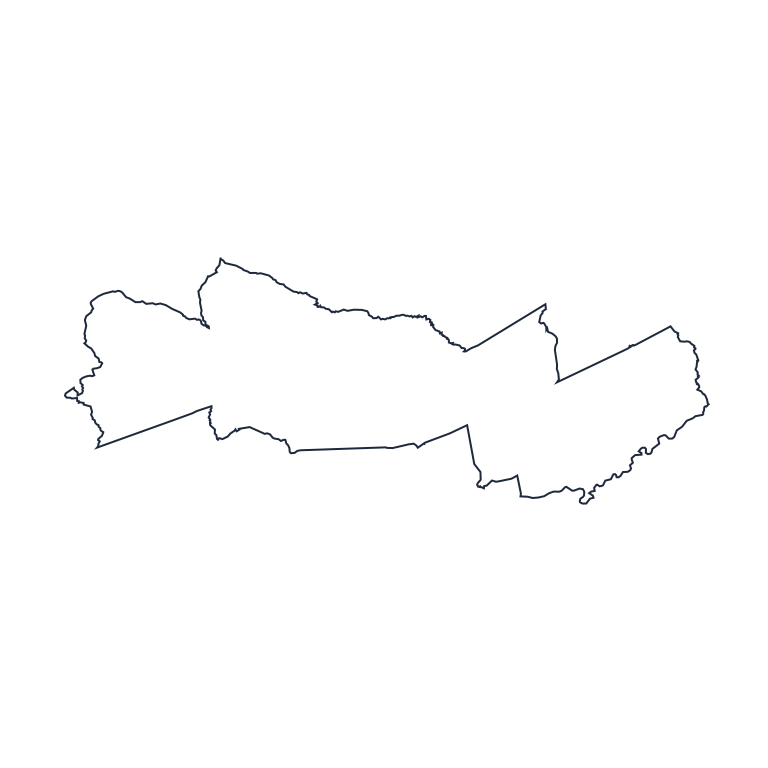 Aguachica, Cesar, Colombia, rotated 260°
{"feature_id": "7082276B33891550919089", "entity_name": "Aguachica", "entity_type": "district", "adm_level": 2, "iso_a3": "COL", "parent_name": "Colombia", "parent_adm1": "Cesar", "projection": "equal_earth", "projection_center": [-73.576, 8.248], "detail": "fine", "context": "isolated", "style": "outline", "palette": "slate", "viewbox_px": 768, "rotation_deg": 260, "n_neighbors": 0, "source": "geoboundaries", "source_scale": "gbopen_adm2", "svg_char_len": 6109}
<svg xmlns="http://www.w3.org/2000/svg" viewBox="0 0 768 768"><g transform="rotate(260 384 384)"><path d="M245.9,510.7L245.4,516.5L245.7,522.3L247.7,527.4L248.6,532.3L247.5,538.1L248.1,540.5L250.9,544.4L251.1,545.7L246.2,550.9L246.0,552.7L247.1,558.4L245.8,561.7L243.0,562.5L239.4,561.6L238.2,560.3L236.9,557.4L234.3,556.4L233.3,556.7L231.7,558.9L231.2,562.5L235.3,566.9L235.6,570.6L237.8,570.3L240.9,567.1L242.1,569.5L242.1,572.9L245.2,572.9L247.7,575.5L247.9,576.4L245.8,578.6L245.9,581.4L246.3,582.2L250.4,585.1L250.8,590.9L255.2,594.2L255.1,595.9L253.8,596.8L251.8,596.9L251.4,598.7L252.4,600.9L255.8,604.0L255.2,608.9L256.4,611.6L258.0,612.6L261.2,612.1L263.2,615.4L266.7,614.8L268.1,615.2L270.4,619.0L269.7,625.3L271.2,625.6L273.5,623.2L275.8,625.9L276.4,627.6L275.9,629.9L274.4,630.7L270.7,629.9L269.1,631.7L269.1,634.3L270.3,635.6L273.5,637.1L277.5,644.7L282.7,644.3L284.2,646.3L285.1,651.0L284.2,652.7L280.8,654.9L280.2,658.3L281.3,660.5L287.5,664.3L290.1,670.1L295.2,675.7L296.6,682.1L298.2,685.1L298.3,692.4L299.3,693.3L300.8,693.3L302.1,694.5L305.5,695.4L306.2,696.5L305.8,697.5L307.7,700.2L308.7,699.5L312.7,699.4L316.8,698.4L318.3,697.5L318.5,696.7L321.7,695.1L324.0,691.6L326.0,693.9L327.3,694.0L328.6,693.6L329.4,692.3L330.1,692.9L331.1,691.8L334.0,691.6L335.9,694.9L336.9,694.5L337.3,695.5L338.8,694.4L341.0,695.0L344.2,693.3L346.7,694.8L351.2,696.1L351.6,696.9L352.6,696.5L352.9,697.6L358.9,696.6L360.7,695.2L363.3,695.0L364.4,696.8L365.1,696.9L366.3,695.7L367.6,696.3L370.8,693.1L372.3,692.4L373.5,689.5L373.4,687.7L374.6,683.1L379.2,681.5L380.9,682.3L381.8,681.7L382.9,682.5L385.4,679.1L391.0,676.2L378.7,638.1L378.5,637.0L379.0,636.6L378.6,635.4L379.0,635.2L378.2,633.4L379.6,632.1L378.0,632.7L378.1,634.2L376.3,629.4L355.6,554.6L358.0,557.0L364.5,557.5L368.7,556.8L372.9,557.8L387.9,558.2L391.6,559.4L394.6,561.6L399.0,562.2L401.3,561.2L404.4,558.5L406.9,554.6L410.5,554.4L409.2,553.3L411.8,553.7L415.8,552.3L416.6,551.5L416.3,549.3L418.0,547.6L424.3,550.2L426.3,552.5L427.9,552.7L429.6,556.4L434.5,556.8L405.7,483.3L404.1,476.0L401.9,470.3L402.0,469.1L402.2,468.5L402.9,469.6L404.7,469.8L405.5,468.7L405.9,466.7L408.8,465.1L410.5,461.3L410.8,458.9L411.4,458.2L412.4,458.9L412.5,457.0L413.6,455.1L415.8,455.5L416.9,455.2L417.5,453.9L418.5,454.3L419.4,452.6L420.6,452.0L420.9,450.6L422.0,450.5L422.6,449.3L424.6,449.8L424.2,447.8L426.1,447.8L428.1,444.2L431.5,442.3L433.5,442.8L433.7,440.6L434.6,440.7L435.3,442.0L436.6,441.6L436.6,440.4L437.2,439.9L439.0,440.8L440.5,439.4L440.2,436.9L443.8,437.1L444.0,435.6L443.0,433.3L444.3,431.8L443.8,429.1L445.3,429.8L444.5,427.2L445.5,425.8L444.6,423.8L446.3,422.9L446.1,421.1L447.3,418.7L447.2,417.5L448.6,415.6L449.0,414.0L448.6,411.2L449.1,407.9L448.3,405.4L448.6,403.1L447.8,402.0L448.5,401.5L447.8,400.3L448.2,398.5L447.4,396.5L448.4,394.1L448.1,392.3L451.2,390.1L450.2,387.9L450.7,384.7L452.3,383.9L454.5,381.1L456.7,381.0L458.6,380.1L460.8,375.1L462.4,367.3L462.4,360.7L464.3,357.3L463.0,351.4L464.0,349.0L463.1,348.0L464.2,346.1L463.7,345.1L467.2,342.7L468.1,339.9L469.9,338.1L470.5,335.4L472.1,334.8L471.4,334.1L471.2,332.5L471.6,331.9L472.8,332.2L474.2,329.8L475.2,332.7L476.8,331.6L479.1,332.8L483.5,326.1L484.6,325.8L485.6,324.0L487.2,323.5L487.2,319.7L488.9,317.3L488.3,315.5L489.5,314.5L490.8,310.8L497.0,303.7L499.5,302.4L500.6,298.8L502.9,295.9L505.1,295.3L506.4,292.9L507.8,292.4L510.8,289.6L514.4,282.0L514.7,278.2L515.6,277.3L516.6,271.3L518.4,269.4L520.8,265.2L521.8,264.8L526.2,259.0L530.7,248.5L533.4,247.2L535.4,244.9L536.8,245.1L529.5,242.5L527.1,239.4L525.0,237.9L523.1,238.8L520.2,230.4L520.7,229.5L515.2,225.7L512.6,221.7L509.3,219.6L507.6,217.3L501.5,217.2L499.1,217.8L496.0,216.9L487.8,217.1L485.6,216.1L483.2,216.1L481.3,217.3L478.0,217.0L476.3,218.9L473.5,218.6L471.2,221.4L469.5,221.3L470.8,219.5L472.4,218.6L473.1,216.6L474.9,214.8L478.2,214.5L479.1,213.8L479.8,212.5L479.6,211.1L481.2,209.2L481.5,203.5L483.4,200.7L485.1,199.8L486.1,198.0L487.3,198.0L489.9,195.7L494.7,188.5L499.6,182.8L502.1,177.7L502.0,172.9L503.7,170.3L504.2,163.8L507.5,160.4L507.0,157.7L507.8,153.4L512.0,148.8L514.3,145.1L519.7,142.0L521.2,140.3L521.9,138.4L521.5,134.8L522.3,133.3L521.5,123.5L519.9,117.7L516.4,110.6L515.1,109.3L513.5,109.2L508.7,110.7L507.4,109.1L505.4,108.0L502.5,102.6L498.9,100.5L493.2,100.9L485.1,97.6L483.6,98.1L480.9,97.2L478.6,98.3L476.7,97.3L476.1,96.0L472.0,99.2L470.0,101.7L464.9,104.1L461.7,104.4L458.6,107.4L455.2,107.5L454.4,109.4L453.4,110.1L450.0,107.5L449.4,104.1L449.5,100.3L448.8,99.3L442.8,100.2L442.4,97.6L443.2,96.1L443.2,92.1L442.3,88.1L440.9,85.7L437.6,85.3L435.3,87.1L434.2,86.1L432.4,87.0L431.2,86.0L429.5,86.3L427.4,85.0L426.0,80.2L428.8,80.9L432.3,77.9L434.1,77.9L430.0,68.9L428.0,67.8L425.7,69.1L425.0,72.4L423.9,74.1L423.5,79.3L420.6,78.9L420.0,80.5L418.5,80.1L418.7,81.7L417.5,84.9L415.9,84.6L412.8,91.1L407.3,91.7L404.6,90.2L401.2,91.3L400.1,90.9L398.3,92.9L396.0,92.9L394.0,94.2L393.1,95.7L391.5,95.5L389.8,97.0L388.4,96.7L387.0,97.3L385.3,99.2L382.0,97.3L379.4,93.0L378.4,92.7L376.9,94.1L375.0,92.5L372.3,91.7L371.2,90.4L384.8,169.5L388.4,190.0L389.9,195.1L392.1,210.2L390.3,210.0L388.9,208.7L387.3,209.1L386.3,207.0L384.3,207.5L381.4,205.5L379.2,206.7L378.5,206.0L377.6,206.5L376.2,205.9L375.5,206.5L374.9,205.7L373.4,205.8L368.6,209.6L364.6,208.7L362.9,210.0L358.9,210.0L357.9,210.8L359.3,212.2L357.8,215.4L359.4,221.0L361.9,224.1L364.1,229.0L365.1,229.8L363.0,230.7L364.2,233.8L365.0,233.5L364.9,244.2L355.6,257.9L355.7,260.4L354.2,263.0L350.4,265.1L349.3,266.6L347.9,270.7L345.8,272.5L346.5,275.6L346.1,277.2L342.4,277.5L340.4,278.9L337.4,279.7L333.6,279.4L332.0,280.3L331.7,284.0L333.2,287.1L333.2,290.5L321.3,374.7L320.6,375.7L319.4,381.5L320.3,397.6L320.1,402.8L317.8,405.2L315.4,406.2L318.3,412.5L318.0,413.2L318.7,413.3L318.9,413.8L319.1,414.2L324.0,440.5L329.0,458.7L289.5,459.0L280.6,463.7L272.9,462.6L270.2,459.2L268.5,458.2L266.4,459.0L266.5,460.7L265.8,460.6L265.5,462.1L263.9,464.2L266.1,465.0L266.1,467.5L270.2,473.6L268.3,477.3L268.2,480.1L268.6,493.1L270.7,499.3L252.2,499.8L249.6,498.9L248.1,505.7L245.9,510.7Z" fill="none" stroke="#1e293b" stroke-width="2"/></g></svg>